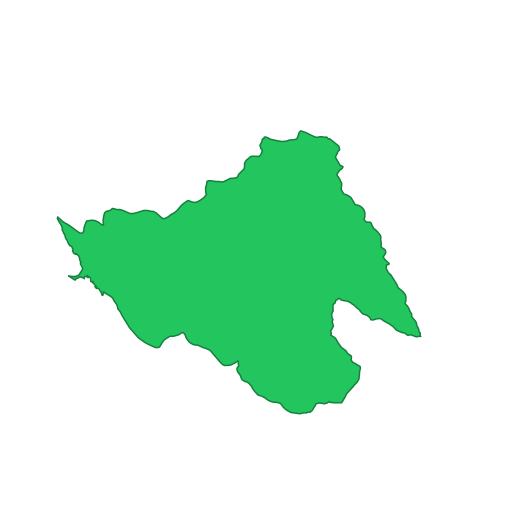 outline of Encino, Santander, Colombia, rotated 309°
{"feature_id": "7082276B76520199809623", "entity_name": "Encino", "entity_type": "district", "adm_level": 2, "iso_a3": "COL", "parent_name": "Colombia", "parent_adm1": "Santander", "projection": "equal_earth", "projection_center": [-73.108, 6.085], "detail": "fine", "context": "isolated", "style": "filled", "palette": "green", "viewbox_px": 512, "rotation_deg": 309, "n_neighbors": 0, "source": "geoboundaries", "source_scale": "gbopen_adm2", "svg_char_len": 6152}
<svg xmlns="http://www.w3.org/2000/svg" viewBox="0 0 512 512"><g transform="rotate(309 256 256)"><path d="M275.3,349.3L275.9,351.1L278.5,355.6L278.9,357.1L279.0,358.4L279.3,358.9L279.2,360.8L279.5,363.3L279.2,367.0L279.2,370.6L278.7,371.7L278.2,375.2L279.8,379.8L279.8,382.4L279.7,383.5L278.7,385.3L280.2,387.5L283.1,389.3L285.3,391.6L285.7,392.2L286.1,396.9L287.3,403.4L287.1,404.0L287.4,406.2L287.3,408.0L286.8,411.4L286.9,412.5L288.3,417.5L288.7,418.4L289.3,419.1L289.7,420.0L289.8,423.8L292.2,425.9L294.1,431.6L295.6,432.7L297.1,434.5L297.7,433.5L299.4,432.2L299.9,430.5L300.3,429.7L301.7,428.2L303.5,424.1L304.6,423.3L305.1,422.4L305.8,420.5L306.8,415.3L309.0,413.3L310.0,410.0L310.3,409.9L311.6,407.5L312.5,404.6L312.7,402.6L313.1,401.7L313.8,401.2L315.2,401.0L317.1,399.3L318.2,398.6L319.0,397.8L320.0,396.0L320.8,392.5L320.8,387.1L321.2,385.6L322.1,384.2L322.9,382.3L326.2,372.7L326.3,369.5L327.9,365.7L328.6,364.7L330.9,363.1L331.5,363.3L332.8,364.4L333.7,364.4L334.0,363.8L334.2,359.0L335.0,356.2L335.5,355.5L340.0,354.9L341.0,354.0L341.9,352.9L342.1,351.5L341.6,347.9L342.2,347.1L344.4,345.6L345.6,344.4L347.3,342.4L349.2,341.2L350.1,340.1L350.6,338.8L351.3,334.9L351.6,332.7L351.5,330.3L352.7,327.0L353.9,325.1L354.2,324.0L354.1,323.5L352.0,320.6L351.8,319.7L352.2,317.6L352.8,316.7L354.9,316.0L358.4,313.1L359.9,310.6L360.4,307.8L360.3,305.8L359.8,303.5L358.5,301.2L358.6,299.9L360.7,294.5L361.2,292.8L361.2,291.5L360.6,288.1L359.6,285.6L359.6,284.8L360.9,281.4L361.8,279.8L364.9,278.1L366.7,276.5L367.0,275.3L368.2,273.2L368.9,271.2L369.8,268.1L371.0,267.4L374.8,267.1L376.4,267.2L377.1,267.7L377.9,267.8L379.2,267.8L380.0,267.5L380.0,265.9L379.4,264.8L379.4,264.3L382.3,256.7L382.8,255.7L384.1,255.0L385.9,254.9L388.1,254.1L389.9,253.9L390.3,254.2L391.2,254.2L393.5,251.3L393.5,239.7L393.3,239.1L392.8,238.8L392.5,238.2L392.9,236.0L391.9,235.2L389.5,231.2L386.5,228.6L385.7,227.1L384.7,223.4L383.3,217.1L381.4,212.0L379.2,211.8L374.7,213.5L372.8,213.9L371.8,213.5L369.9,212.0L367.0,208.8L364.8,207.7L361.4,204.3L359.6,201.2L356.0,194.2L354.9,189.5L354.3,188.2L353.4,187.7L352.1,188.2L351.3,187.5L350.8,187.4L348.4,188.7L344.6,189.3L342.4,192.5L342.4,193.8L341.6,194.9L340.1,195.1L339.1,195.7L337.2,196.0L335.2,195.6L331.4,190.5L329.8,189.2L324.1,188.2L320.9,188.7L318.4,190.7L316.3,191.9L308.6,191.1L306.2,191.8L305.1,191.8L303.6,190.8L301.1,188.4L300.2,187.2L293.6,184.2L292.2,183.1L290.9,180.8L288.3,177.4L286.2,173.8L284.5,171.6L283.1,171.0L280.5,172.6L278.1,173.5L276.3,174.7L273.9,176.8L272.9,178.6L269.2,178.9L264.6,177.7L260.8,176.2L258.7,174.3L257.5,171.7L256.6,168.7L256.1,168.1L254.0,167.4L249.1,166.2L241.2,166.0L238.0,165.2L234.5,163.8L231.0,163.0L228.4,161.9L226.6,160.4L226.3,158.4L226.7,151.6L226.1,148.3L224.6,146.1L223.0,142.8L220.7,140.1L214.0,135.6L211.7,133.7L210.1,132.0L209.4,130.3L207.7,124.0L206.5,121.1L204.3,118.3L203.5,116.1L202.5,114.4L200.6,114.2L199.2,113.6L196.6,111.6L195.0,111.2L193.4,111.5L190.9,112.7L187.4,114.8L185.6,116.4L184.3,117.9L183.7,117.7L183.2,116.1L183.1,111.9L182.0,108.1L180.3,105.7L176.7,102.4L175.4,102.6L169.8,104.5L167.4,106.3L165.7,106.7L164.3,106.6L163.2,104.9L162.7,102.4L162.3,92.0L161.8,88.5L161.4,86.7L161.2,84.3L161.5,77.5L160.4,77.8L160.0,78.3L158.6,81.5L157.9,83.7L156.8,86.4L155.9,87.7L154.3,89.0L153.1,91.6L152.4,92.5L152.5,93.5L152.3,94.2L151.4,94.8L149.7,97.5L149.5,98.9L147.5,102.6L146.9,105.0L147.4,106.8L147.0,107.7L146.6,108.0L146.1,109.4L145.5,110.0L144.6,110.1L143.5,112.4L143.7,114.6L143.9,114.9L144.2,114.2L144.6,114.9L144.7,116.2L144.3,118.6L143.7,119.7L142.1,121.4L141.6,122.4L141.2,122.8L140.9,124.0L139.4,124.4L138.0,127.7L137.2,129.1L135.8,129.7L131.6,130.1L130.7,130.4L129.3,130.1L126.3,128.5L123.7,125.0L122.5,122.4L123.3,130.2L123.6,130.6L124.9,130.5L127.5,131.8L128.7,132.2L129.3,132.8L130.2,135.5L130.4,136.7L131.9,135.8L132.2,135.8L133.2,137.0L134.7,137.2L134.8,137.6L134.6,138.1L133.4,138.6L133.6,139.1L134.6,139.7L134.8,140.3L134.8,141.0L133.6,142.4L132.4,143.3L132.3,144.1L133.4,145.2L133.4,145.8L132.5,145.9L131.9,150.9L131.7,151.3L130.8,150.4L130.4,152.0L130.5,152.7L131.5,153.5L131.7,154.4L130.8,156.7L130.7,157.8L128.7,161.0L128.7,161.5L129.2,161.7L131.3,160.5L131.9,160.3L132.3,160.4L132.1,162.5L132.3,163.3L132.7,163.8L132.7,165.2L133.1,167.8L133.1,171.2L131.9,173.6L130.7,178.2L129.5,180.2L128.0,181.8L127.2,185.5L125.3,189.8L120.7,202.8L118.5,215.6L118.5,218.1L118.9,224.3L119.9,229.3L121.6,235.6L122.9,237.2L124.5,238.3L129.9,237.6L133.1,237.5L138.9,239.4L140.0,240.3L141.1,241.8L142.9,243.3L146.3,245.6L150.1,246.8L150.6,248.0L150.4,249.7L149.7,251.3L148.6,252.9L147.7,255.6L147.2,257.9L147.1,259.9L147.6,262.6L148.4,264.5L150.0,266.7L151.5,272.4L152.5,274.9L153.7,279.0L153.7,280.2L151.1,294.1L150.7,297.4L150.7,299.1L151.2,300.6L154.6,304.4L156.0,305.3L160.1,307.1L162.9,307.9L162.9,308.4L162.4,309.2L161.0,310.0L160.0,311.5L159.1,311.7L157.3,311.7L156.4,312.1L155.4,313.1L154.7,314.3L154.0,316.0L153.4,318.8L151.5,321.9L151.1,323.0L151.4,326.1L151.7,327.0L152.4,327.9L152.6,330.6L152.1,333.4L152.0,334.6L150.8,336.7L149.8,340.9L149.6,343.1L149.3,344.1L149.3,345.5L150.5,348.0L150.9,349.7L151.3,351.8L151.6,356.7L152.3,359.1L153.6,362.0L154.3,362.7L155.9,365.4L156.8,367.9L155.6,372.8L155.5,375.3L155.6,377.7L156.4,381.7L161.1,389.5L164.0,391.6L165.7,393.8L167.6,394.8L168.7,396.4L171.9,396.9L175.0,396.3L176.7,396.3L179.0,395.7L181.4,397.4L183.4,400.6L183.9,401.9L186.3,403.7L188.6,404.3L188.9,405.9L189.8,406.9L191.1,409.1L195.7,414.8L196.2,414.9L203.0,413.9L205.7,413.1L215.8,413.7L217.0,413.6L221.4,414.0L225.0,413.5L227.0,412.3L227.4,411.7L228.6,411.3L231.4,409.2L234.3,407.9L235.5,406.7L235.7,405.8L235.1,403.3L235.0,401.2L234.4,398.8L234.4,397.8L234.7,396.3L235.6,395.0L237.8,393.6L238.3,392.5L237.9,389.3L238.0,388.3L238.9,385.8L238.9,383.3L238.7,379.9L240.6,373.3L242.1,369.7L242.1,368.1L241.6,364.1L243.4,363.1L245.0,360.9L246.2,361.1L250.2,360.3L253.0,356.5L255.1,355.7L256.2,353.5L258.1,351.7L259.5,351.0L262.1,350.4L262.6,349.4L263.5,349.1L264.8,347.8L266.3,346.9L267.5,346.6L269.6,347.0L271.5,346.0L272.3,346.0L273.2,346.7L275.0,346.7L275.5,348.3L275.3,349.3Z" fill="#22c55e" stroke="#15803d" stroke-width="1.5"/></g></svg>